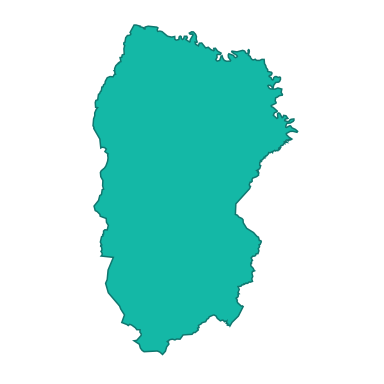 the district of Waeng Yai, Khon Kaen, Thailand, rotated 93°
{"feature_id": "78962969B82836358248418", "entity_name": "Waeng Yai", "entity_type": "district", "adm_level": 2, "iso_a3": "THA", "parent_name": "Thailand", "parent_adm1": "Khon Kaen", "projection": "robinson", "projection_center": [102.448, 15.935], "detail": "fine", "context": "isolated", "style": "filled", "palette": "teal", "viewbox_px": 384, "rotation_deg": 93, "n_neighbors": 0, "source": "geoboundaries", "source_scale": "gbopen_adm2", "svg_char_len": 5943}
<svg xmlns="http://www.w3.org/2000/svg" viewBox="0 0 384 384"><g transform="rotate(93 192 192)"><path d="M133.9,95.0L132.0,98.3L129.8,100.7L128.7,100.9L126.4,97.3L126.1,94.4L126.9,90.3L125.9,89.7L124.1,92.0L122.7,95.5L120.8,97.0L120.8,98.0L122.6,100.9L122.4,101.7L121.1,101.8L118.5,100.9L118.0,97.5L116.1,94.6L114.9,93.9L113.7,94.1L114.2,96.8L114.8,97.9L116.3,98.8L116.7,100.3L115.9,103.2L114.4,102.8L113.5,100.1L110.9,102.2L110.7,104.5L112.8,105.2L113.1,105.9L109.0,108.4L108.5,109.6L109.5,110.7L113.4,110.2L114.1,111.1L111.1,114.8L108.5,113.8L107.4,111.3L106.7,111.1L103.4,115.2L102.5,117.2L101.5,117.4L98.9,112.8L98.1,112.7L96.7,113.7L93.5,113.4L92.8,111.7L91.2,109.8L90.6,106.9L89.8,106.8L87.9,108.2L84.5,107.7L83.6,111.7L84.9,114.4L84.9,119.2L84.3,120.3L82.0,121.9L81.4,121.3L81.5,119.2L83.6,117.1L83.6,116.4L81.2,116.0L78.3,114.2L77.7,111.2L76.9,110.3L74.8,109.5L73.0,109.7L72.6,110.4L73.1,112.0L72.3,113.8L72.4,115.1L73.6,116.4L75.5,116.7L75.9,117.3L75.3,118.3L73.6,119.1L72.7,121.0L71.7,120.9L70.9,118.8L69.1,118.3L68.3,118.9L67.6,122.7L65.7,122.9L64.0,124.4L61.9,125.0L60.0,126.3L55.8,126.9L55.9,129.2L57.1,131.4L57.2,134.5L56.1,135.8L56.9,137.6L56.7,138.8L54.9,140.5L53.6,140.9L52.6,142.8L48.8,142.1L47.3,142.3L46.9,142.9L47.7,143.5L49.9,143.0L50.9,144.2L50.6,145.4L48.5,146.8L47.9,148.8L49.7,154.5L49.2,159.4L49.7,159.7L50.4,159.2L53.3,154.2L54.4,153.8L55.6,155.4L54.9,156.9L53.5,157.6L52.0,162.4L53.2,163.0L55.5,162.7L58.5,160.3L59.3,160.6L59.6,164.4L58.9,166.6L56.8,168.2L54.3,169.1L55.0,170.1L59.1,171.2L60.0,173.7L58.6,175.2L56.3,174.0L54.0,174.4L53.3,173.6L53.2,170.8L51.8,170.2L49.9,173.9L47.2,176.1L47.5,177.8L49.4,177.3L49.8,177.7L48.8,180.6L46.6,183.3L47.4,185.9L42.7,190.1L43.0,192.5L45.7,193.3L44.3,196.1L42.2,196.8L42.4,195.0L41.9,194.7L39.2,195.8L36.5,195.7L34.3,196.7L32.1,198.9L32.0,200.7L33.5,203.0L34.5,202.2L34.4,199.6L35.1,199.2L40.3,201.8L42.0,201.8L42.3,202.3L40.2,206.0L38.1,204.7L36.7,205.4L36.9,207.8L39.3,208.4L40.2,209.4L39.4,210.5L37.3,211.0L36.9,212.0L37.9,213.0L40.4,213.1L41.2,215.7L40.3,217.1L37.6,217.4L38.4,220.4L37.7,224.6L33.4,230.3L33.0,232.5L33.4,234.6L32.0,235.3L29.9,234.6L29.2,235.8L28.7,244.4L29.7,247.4L31.7,247.6L31.3,248.9L30.5,248.9L29.6,252.6L29.1,252.4L28.2,256.5L28.3,258.6L35.9,262.2L37.0,261.4L38.0,261.5L38.8,262.7L39.1,264.7L41.4,266.3L45.9,266.8L46.3,267.7L47.5,267.9L48.3,267.8L49.1,266.9L52.5,267.5L57.9,266.9L58.8,268.9L61.2,269.2L61.5,270.9L65.5,269.8L66.1,271.3L66.8,271.5L66.9,272.2L67.6,272.1L67.9,273.0L69.9,274.7L72.7,275.7L74.6,275.6L74.9,276.2L75.9,275.3L77.2,275.3L78.3,274.6L78.7,275.7L81.1,276.9L81.0,279.9L82.3,282.6L86.0,284.4L88.5,284.6L89.5,285.9L91.6,286.4L91.9,287.5L95.9,287.9L96.3,288.6L98.7,289.5L99.3,290.5L104.8,291.0L105.6,292.8L107.7,293.3L112.5,292.7L112.7,290.7L114.8,292.1L118.2,293.3L120.9,293.1L124.0,294.1L131.0,294.3L132.9,293.2L133.8,293.4L143.9,286.8L152.8,285.4L152.0,284.3L152.2,281.7L153.6,279.8L156.2,281.1L158.4,277.8L159.2,278.2L162.3,277.6L165.7,277.9L170.4,279.3L172.6,280.6L175.5,283.7L177.3,284.5L181.5,283.9L185.1,281.6L190.4,281.6L193.8,280.4L194.4,281.8L199.3,282.3L200.4,283.9L205.3,284.9L211.2,289.1L215.6,287.7L216.5,285.7L219.1,282.8L221.0,282.4L222.9,276.3L226.8,275.8L229.7,273.8L234.3,274.7L234.3,277.0L235.6,278.3L238.6,278.1L239.0,278.9L240.4,278.6L241.4,280.0L246.8,280.9L249.6,279.4L249.9,280.3L250.9,280.4L251.6,279.5L253.6,279.0L255.0,279.0L256.0,279.8L257.9,278.5L259.5,278.5L260.7,279.4L261.4,267.1L274.3,271.7L283.9,272.1L287.7,273.5L297.0,270.3L309.7,258.3L312.5,257.1L318.3,253.0L326.0,255.3L327.8,249.9L328.7,248.7L327.4,247.3L327.9,245.5L330.5,241.5L332.4,239.9L332.3,236.7L334.8,236.6L336.3,235.3L337.9,235.3L343.0,239.4L343.6,242.1L346.8,236.6L350.5,235.4L352.8,233.5L354.0,231.5L352.6,218.4L353.5,215.8L355.8,212.9L352.4,210.2L348.0,209.2L345.1,207.1L343.9,207.5L342.6,208.9L342.2,208.4L342.1,207.5L340.9,207.0L340.3,205.3L340.0,203.7L340.6,201.3L339.6,199.6L339.6,196.2L335.2,193.4L334.1,184.5L332.2,183.0L332.2,181.5L329.4,178.5L327.7,179.3L327.0,177.9L324.9,178.6L323.1,175.8L322.0,175.1L320.8,171.6L318.1,170.3L317.5,169.0L315.7,168.2L314.0,164.8L313.6,163.6L314.6,161.5L316.9,160.1L319.2,156.9L318.4,155.1L318.4,154.2L319.8,152.8L319.2,152.1L319.6,151.2L319.0,150.5L321.3,150.9L321.3,149.7L321.9,149.3L322.9,149.9L323.3,149.0L323.1,147.4L323.8,147.1L320.1,145.2L313.5,139.2L303.7,134.9L303.1,135.8L303.4,136.8L300.3,140.5L298.7,141.4L297.6,141.1L295.9,142.4L295.1,142.0L295.0,141.1L293.4,140.3L291.7,140.7L291.2,139.6L290.0,140.8L286.9,139.7L284.0,141.1L283.5,138.1L282.3,137.5L282.1,136.2L281.0,135.4L281.4,134.8L280.1,133.3L280.5,132.4L280.0,131.3L278.8,130.2L279.0,129.1L278.1,126.9L275.6,127.8L273.1,126.9L270.2,127.9L268.5,127.6L267.5,125.6L267.2,126.4L266.7,126.0L264.9,127.0L262.6,129.4L260.8,129.6L260.4,128.9L259.7,129.4L258.8,128.7L257.4,128.7L257.1,128.1L254.8,129.5L252.8,127.9L252.9,126.8L252.2,125.3L250.4,124.7L250.1,122.9L247.2,122.1L245.1,122.9L243.2,121.7L241.1,122.2L240.8,121.2L238.1,120.2L237.0,120.7L236.9,122.2L233.6,123.3L232.8,125.0L229.3,128.4L225.4,135.5L220.0,139.2L217.0,139.6L215.8,140.8L214.5,144.0L212.8,145.4L212.1,147.5L201.5,147.6L185.7,134.7L183.3,133.9L183.0,134.8L181.5,135.2L179.1,134.4L179.0,133.2L178.0,132.4L176.6,132.8L175.0,132.2L173.3,128.3L171.6,126.4L170.4,126.7L169.5,126.2L168.9,127.0L168.2,126.9L168.3,127.5L166.9,127.2L167.4,127.7L167.2,128.4L165.1,125.6L162.1,124.8L161.8,125.8L158.8,125.9L157.9,124.3L156.9,125.1L156.2,123.4L154.2,122.0L154.2,121.3L153.5,121.7L153.0,120.3L152.2,120.3L151.7,119.1L149.7,117.6L148.6,117.5L148.7,116.0L147.7,114.3L148.4,113.6L147.3,113.4L146.1,111.6L146.7,111.0L146.2,110.2L146.2,108.3L144.8,107.7L145.1,106.9L143.5,106.1L143.9,107.3L143.6,107.6L142.2,105.9L141.1,105.6L140.5,103.7L138.3,102.6L138.7,102.0L138.0,102.1L137.8,101.5L137.2,102.0L137.4,99.8L136.3,101.2L135.2,100.5L135.0,99.7L136.0,98.6L135.1,97.6L134.5,97.9L134.3,96.7L134.8,96.2L133.9,95.0Z" fill="#14b8a6" stroke="#0f766e" stroke-width="1.5"/></g></svg>